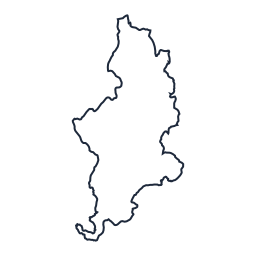 Manandriana, Amoron'i Mania, Madagascar (Natural Earth projection)
{"feature_id": "10022922B47245353926014", "entity_name": "Manandriana", "entity_type": "district", "adm_level": 2, "iso_a3": "MDG", "parent_name": "Madagascar", "parent_adm1": "Amoron'i Mania", "projection": "natural_earth1", "projection_center": [47.016, -20.748], "detail": "fine", "context": "isolated", "style": "outline", "palette": "slate", "viewbox_px": 256, "rotation_deg": 0, "n_neighbors": 0, "source": "geoboundaries", "source_scale": "gbopen_adm2", "svg_char_len": 5796}
<svg xmlns="http://www.w3.org/2000/svg" viewBox="0 0 256 256"><path d="M183.2,164.1L182.7,163.5L181.6,162.6L179.2,161.6L179.2,160.8L178.7,159.9L176.9,158.6L175.1,156.9L175.0,155.7L172.9,154.1L170.8,153.0L169.4,152.7L166.3,152.6L165.3,152.3L164.3,152.6L162.8,153.6L163.2,150.8L163.9,149.0L163.9,148.3L163.7,147.3L163.2,146.3L162.1,145.4L161.8,143.8L160.3,142.2L160.1,141.7L160.2,141.1L160.5,140.2L161.0,139.7L161.3,139.1L161.1,138.0L161.3,137.3L161.6,136.4L162.8,134.7L163.4,133.3L164.7,131.8L165.2,131.5L166.1,131.4L166.9,132.0L168.2,133.5L168.5,132.8L168.5,131.2L168.7,129.4L169.0,128.3L169.4,127.9L170.6,127.4L171.0,126.7L174.4,126.0L176.0,125.2L177.3,125.0L176.8,124.3L176.8,123.9L177.1,123.5L177.2,122.9L177.7,121.8L178.1,121.5L178.5,120.9L178.1,116.6L178.6,115.0L178.9,114.3L179.4,113.9L178.5,111.2L177.4,109.7L174.2,107.8L174.2,103.3L174.6,102.1L175.3,100.9L175.8,99.1L175.7,98.3L174.9,96.6L174.3,96.6L172.7,97.2L171.0,97.4L170.4,97.1L170.0,96.5L170.8,94.4L170.5,93.9L171.3,94.2L172.3,93.7L173.6,92.6L174.1,91.5L174.2,90.7L173.9,89.1L174.4,88.3L174.2,86.7L174.4,83.7L173.3,81.1L173.8,80.7L173.8,80.2L173.1,79.4L172.8,78.5L172.5,78.3L170.1,77.4L168.7,76.5L168.2,75.7L167.8,74.3L167.7,73.5L166.5,72.7L165.7,71.6L165.2,71.2L164.4,71.3L164.3,70.6L164.3,69.5L164.7,68.7L165.9,67.2L167.5,63.7L168.3,63.8L168.7,63.6L169.1,63.3L168.8,62.3L169.1,62.5L169.5,62.3L169.7,61.8L169.6,58.8L169.3,57.0L168.8,55.8L168.7,54.4L168.4,53.8L169.0,52.6L169.2,51.9L169.1,51.3L168.8,50.8L168.0,51.1L167.4,51.1L167.4,50.8L166.3,51.1L164.0,51.0L161.0,50.0L160.5,50.1L159.6,51.1L158.8,53.9L157.9,54.3L156.8,56.0L156.1,56.0L155.9,55.8L155.7,54.6L155.3,53.7L155.3,51.0L154.7,46.7L153.5,42.8L152.2,40.1L149.0,36.0L149.5,33.8L150.2,32.1L150.4,30.4L148.5,30.1L147.1,29.3L145.8,29.6L143.6,28.7L142.5,28.9L140.1,30.0L139.2,30.0L135.8,27.7L132.3,27.1L131.2,26.5L130.4,25.6L130.6,24.3L130.4,23.1L130.3,22.8L128.9,23.5L128.6,23.1L128.5,20.3L128.2,19.6L127.6,15.7L127.4,15.4L127.0,15.4L125.9,15.8L124.1,17.0L122.9,18.2L117.8,19.2L118.1,20.2L118.2,21.4L117.5,26.8L118.1,29.1L119.4,31.0L119.2,31.9L117.7,34.2L117.5,34.7L117.7,36.0L118.1,36.5L118.1,39.0L118.7,41.0L118.6,43.4L117.9,46.3L117.4,47.4L116.7,48.4L115.3,50.7L113.8,52.0L113.1,53.0L112.9,53.5L112.8,55.3L111.7,56.6L110.5,58.9L109.6,60.9L108.7,62.4L108.1,64.1L107.8,67.1L108.0,70.4L108.3,71.1L110.7,70.7L112.3,71.2L114.8,74.0L115.9,76.0L119.0,77.6L119.7,78.2L120.3,79.1L120.9,80.8L121.6,82.2L121.7,83.3L121.4,85.2L121.3,85.8L120.5,86.7L119.9,87.1L119.2,87.4L116.4,87.6L115.7,88.2L115.5,88.6L115.3,89.9L115.5,91.0L115.5,92.2L115.8,93.6L116.5,95.2L116.6,96.0L116.5,96.9L116.3,97.6L115.9,98.0L114.2,98.2L112.7,99.8L112.1,99.9L111.0,99.5L109.9,98.1L109.1,97.6L108.0,97.4L107.1,97.6L106.1,98.3L103.2,102.0L101.2,103.8L97.6,108.9L95.5,110.8L94.7,111.2L94.1,111.1L93.4,110.5L93.0,109.4L92.1,108.9L91.0,109.1L90.0,108.9L89.4,109.0L88.9,109.4L86.5,112.0L83.6,116.2L82.0,117.4L81.2,119.0L80.8,119.3L79.6,119.5L77.3,118.6L75.5,119.1L74.7,118.7L74.3,118.9L72.8,120.8L72.9,121.9L74.1,124.6L74.6,126.3L74.6,128.6L75.1,130.3L75.7,131.3L79.4,135.9L80.2,137.2L81.2,140.3L81.8,141.5L82.6,142.4L83.4,143.0L85.3,143.0L85.8,143.2L87.3,144.5L88.2,145.6L89.0,147.0L89.5,148.8L89.5,150.4L89.9,150.8L91.3,151.8L93.2,152.2L95.4,154.5L97.3,155.2L97.6,155.7L98.3,159.5L98.3,160.3L97.3,163.3L95.6,166.4L94.6,167.1L94.4,167.4L94.2,168.3L94.2,169.7L94.1,170.1L90.8,175.4L90.4,177.2L90.2,180.7L89.8,181.6L89.2,182.3L89.0,183.1L89.2,184.0L89.6,185.0L89.6,187.0L89.8,187.5L90.6,187.9L91.7,187.5L92.4,187.7L92.8,188.2L93.2,189.8L93.7,190.5L93.1,191.9L93.6,192.6L93.6,193.7L93.4,194.5L95.1,195.7L96.3,197.2L97.0,198.5L97.2,199.0L97.1,200.3L96.6,201.8L96.1,205.7L95.3,207.9L95.3,208.8L95.4,210.2L95.9,211.9L96.2,212.1L96.9,212.0L97.3,212.2L96.6,213.0L94.9,213.9L95.0,214.7L94.9,215.0L94.1,215.7L93.3,215.9L92.3,216.8L90.0,217.2L89.7,217.7L90.3,218.2L90.3,218.5L89.8,219.6L89.8,220.5L91.5,221.7L92.9,222.4L94.0,224.0L95.0,226.1L95.1,226.9L95.1,227.5L94.7,228.4L94.7,229.0L95.4,229.5L95.4,230.0L94.5,230.6L94.6,231.8L94.4,232.3L93.9,233.0L93.0,233.4L92.6,233.4L92.1,232.8L90.7,232.2L88.3,231.9L85.6,230.4L85.1,230.4L84.0,230.8L83.3,230.7L82.7,230.2L82.5,229.6L82.2,227.6L82.0,227.3L81.7,226.1L80.5,225.4L79.7,224.6L78.9,224.8L78.4,224.7L77.4,224.1L77.1,224.3L76.9,226.1L76.6,226.3L76.2,226.1L76.6,228.4L77.9,229.8L78.4,231.1L79.7,233.2L80.7,233.4L81.6,233.1L82.4,233.7L83.0,234.5L83.8,234.4L84.5,234.7L84.7,237.1L85.1,238.3L86.1,238.7L87.3,239.7L89.1,239.4L91.4,239.9L92.9,239.9L93.6,240.4L94.9,240.2L95.6,240.6L96.7,240.3L97.1,240.0L98.9,235.6L100.9,234.4L102.8,232.5L103.5,230.4L103.8,227.4L103.3,224.5L103.5,222.1L104.5,220.8L105.7,220.3L107.3,220.2L108.6,219.3L109.9,220.6L110.8,221.1L113.0,223.2L114.5,224.9L115.6,225.1L116.6,224.9L117.6,224.4L120.8,221.5L122.2,221.1L124.7,221.7L126.7,221.3L129.8,219.6L130.7,218.6L132.4,215.7L133.4,214.5L133.3,213.9L132.4,213.0L132.2,212.5L132.2,211.6L132.8,209.7L132.6,209.0L133.0,208.6L135.2,208.1L136.6,207.4L137.2,206.9L137.4,205.9L137.3,205.1L137.0,204.8L136.1,204.5L134.3,203.0L133.6,202.6L132.2,202.4L131.7,202.2L131.4,201.7L131.6,200.6L132.5,198.6L134.3,195.2L134.5,195.0L135.6,194.9L135.9,194.7L136.7,192.9L138.0,192.1L139.3,190.1L141.8,188.1L143.3,186.4L146.1,185.2L148.0,185.3L149.9,184.9L152.0,184.9L154.4,184.5L157.6,184.6L158.6,185.2L161.1,185.0L161.6,184.5L161.7,184.1L161.3,183.0L161.8,182.0L161.8,181.7L161.6,181.3L160.9,181.0L160.9,180.5L161.4,180.1L161.9,180.3L162.5,180.1L163.3,179.0L163.7,177.9L164.1,177.5L165.7,176.7L166.3,176.9L167.3,178.4L168.0,178.7L168.2,178.9L168.0,179.7L168.0,180.1L168.8,180.8L169.8,180.9L170.4,181.2L171.0,181.1L171.1,180.9L171.8,181.3L173.6,180.4L175.0,180.1L176.5,179.1L178.0,177.7L180.1,175.4L181.4,173.4L181.7,172.4L181.3,170.0L181.3,169.2L183.1,166.7L183.2,164.1Z" fill="none" stroke="#1e293b" stroke-width="2"/></svg>